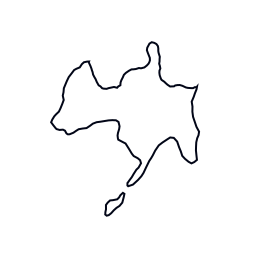 the district of Neftchala District, Neftçala, Azerbaijan, rotated 27°
{"feature_id": "54616110B40961788089107", "entity_name": "Neftchala District", "entity_type": "district", "adm_level": 2, "iso_a3": "AZE", "parent_name": "Azerbaijan", "parent_adm1": "Neftçala", "projection": "albers", "projection_center": [49.058, 39.291], "detail": "fine", "context": "isolated", "style": "outline", "palette": "ink", "viewbox_px": 256, "rotation_deg": 27, "n_neighbors": 0, "source": "geoboundaries", "source_scale": "gbopen_adm2", "svg_char_len": 2617}
<svg xmlns="http://www.w3.org/2000/svg" viewBox="0 0 256 256"><g transform="rotate(27 128 128)"><path d="M63.0,86.5L61.4,87.4L59.3,89.1L58.9,89.4L57.9,92.1L57.5,95.9L55.1,98.7L53.7,100.8L53.0,104.8L52.1,109.5L52.2,114.1L52.8,121.7L54.3,125.4L55.2,128.8L58.0,132.2L58.5,136.3L58.9,141.0L59.0,144.8L57.7,148.5L57.0,151.1L56.7,155.0L56.8,156.0L56.9,157.8L60.3,159.5L63.6,161.0L64.8,161.4L65.8,161.2L67.9,160.8L70.8,159.0L73.1,159.0L75.5,160.7L77.1,161.0L78.3,160.4L78.8,160.1L81.5,157.0L83.1,154.0L84.6,151.5L87.9,149.0L91.1,146.9L93.2,143.2L94.7,140.1L97.4,137.1L100.6,134.9L104.0,132.4L107.3,130.0L110.5,128.1L113.8,126.6L116.8,126.9L119.7,130.3L120.6,133.0L121.3,136.9L122.1,139.4L123.7,141.8L124.6,142.8L129.7,142.9L132.8,142.9L134.7,144.0L138.7,146.4L143.0,149.1L145.8,150.4L150.4,150.5L153.4,151.2L155.6,153.5L155.4,158.5L154.4,161.3L153.9,166.3L153.7,170.0L153.1,173.5L152.7,176.2L152.5,177.3L153.6,179.5L154.6,179.8L158.1,176.2L160.5,169.8L161.8,164.9L162.2,161.0L162.0,154.6L161.9,147.7L162.3,144.4L162.5,141.2L162.5,139.5L162.5,135.7L163.3,129.5L165.3,125.3L168.3,120.0L169.9,117.3L173.3,116.0L178.0,117.8L182.2,121.9L185.6,124.8L189.0,128.2L192.8,129.6L197.3,130.6L200.6,130.7L202.5,128.3L203.9,125.1L201.4,121.3L198.7,117.1L196.9,113.3L195.3,109.7L194.3,105.7L194.1,102.4L193.0,99.0L188.5,95.9L184.7,92.2L180.9,88.5L178.0,84.3L175.7,79.6L172.8,75.6L172.4,70.2L171.9,66.9L171.5,62.5L170.7,59.8L170.5,60.6L169.1,61.2L167.9,62.9L166.4,63.7L163.1,65.1L161.1,65.6L157.3,65.7L154.6,66.2L152.6,67.3L150.7,68.7L150.1,70.0L148.6,70.8L146.7,71.9L143.5,71.5L141.2,70.9L139.3,70.3L136.1,69.9L135.0,69.2L133.5,67.8L132.2,66.5L130.9,64.6L130.0,62.6L129.8,60.3L128.1,58.1L126.6,56.6L125.9,54.4L124.8,52.1L124.0,50.1L121.1,47.1L120.0,45.6L118.9,43.4L117.5,41.5L115.2,40.3L112.8,40.2L110.2,40.8L108.8,43.1L108.8,44.0L108.7,47.7L109.5,50.1L111.5,52.0L113.2,53.5L115.6,55.6L116.8,57.7L117.1,59.5L117.1,61.3L116.4,63.8L115.1,66.6L112.5,68.9L110.5,69.6L108.2,71.9L106.1,73.3L104.5,74.2L102.9,76.5L101.1,79.8L100.2,82.5L100.4,85.2L100.4,88.4L100.7,90.8L101.8,93.4L100.5,95.3L100.0,97.1L96.9,97.8L94.2,100.0L92.6,101.3L91.2,102.8L88.4,104.0L86.9,104.3L84.5,103.4L82.5,103.3L79.2,101.1L77.0,99.2L74.8,97.8L72.6,96.2L71.1,94.3L69.6,92.9L68.6,91.8L66.4,89.8L64.1,88.0L63.2,87.2L63.0,86.8L63.0,86.5ZM146.5,214.2L147.0,215.4L148.8,215.8L150.4,214.4L151.7,211.6L152.7,207.8L154.0,204.4L155.8,201.3L156.8,197.1L155.6,191.6L154.7,188.3L152.9,188.1L152.0,190.6L151.7,191.5L151.6,193.8L150.8,196.4L147.4,199.1L144.9,200.7L143.8,203.7L143.3,206.6L145.3,210.4L146.1,213.4L146.5,214.2Z" fill="none" stroke="#020617" stroke-width="2"/></g></svg>